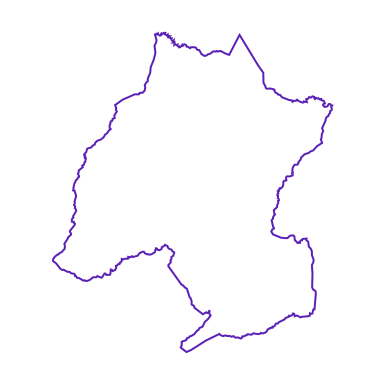 Montepuez, Cabo Delgado, Mozambique (Albers equal-area conic projection), rotated 4°
{"feature_id": "85939544B74766547400417", "entity_name": "Montepuez", "entity_type": "district", "adm_level": 2, "iso_a3": "MOZ", "parent_name": "Mozambique", "parent_adm1": "Cabo Delgado", "projection": "albers", "projection_center": [38.773, -12.625], "detail": "fine", "context": "isolated", "style": "outline", "palette": "violet", "viewbox_px": 384, "rotation_deg": 4, "n_neighbors": 0, "source": "geoboundaries", "source_scale": "gbopen_adm2", "svg_char_len": 5939}
<svg xmlns="http://www.w3.org/2000/svg" viewBox="0 0 384 384"><g transform="rotate(4 192 192)"><path d="M309.5,230.5L305.8,231.1L305.1,231.7L305.1,232.4L304.2,232.5L303.1,233.9L303.2,234.9L302.3,234.6L302.2,235.2L300.9,235.5L297.9,232.7L297.2,229.1L296.1,228.2L293.4,228.6L292.3,229.2L290.5,231.3L288.6,231.5L284.0,231.4L275.7,228.6L273.9,226.0L274.5,224.0L276.2,222.9L276.3,222.3L275.4,221.1L273.4,214.6L274.7,212.9L274.6,211.6L275.6,209.3L276.4,208.7L275.4,207.1L274.9,204.3L278.0,201.1L277.8,199.7L278.8,196.5L278.5,194.7L279.3,194.2L278.8,192.6L278.0,191.8L278.1,189.7L277.4,189.4L277.6,187.6L278.2,187.3L277.5,185.2L278.6,184.9L278.3,183.6L279.7,182.7L279.4,182.1L280.8,181.8L282.4,179.8L282.5,175.1L283.2,174.4L284.7,174.2L285.4,173.6L284.8,172.1L284.9,170.7L285.6,169.8L288.6,169.6L291.2,168.4L291.3,167.3L290.4,166.4L291.3,165.4L290.6,164.2L290.7,161.2L291.5,159.2L292.4,157.7L295.0,157.4L296.0,156.5L295.9,155.2L298.1,152.0L298.4,150.1L301.7,146.5L306.0,144.7L307.2,143.4L310.0,142.1L313.5,137.6L318.4,133.9L316.9,130.6L317.4,129.4L317.5,125.0L318.7,122.0L317.3,119.4L320.2,111.7L320.4,109.4L321.3,107.6L322.6,106.9L323.1,104.9L324.2,103.7L324.1,101.8L325.6,100.5L325.7,99.1L324.9,97.2L325.8,95.9L324.6,95.7L323.6,94.6L322.2,94.8L321.2,97.1L318.5,97.9L316.6,96.2L316.7,95.4L318.4,94.3L317.0,91.8L314.6,91.4L314.4,90.2L312.8,90.6L311.5,89.6L310.9,90.0L309.4,89.5L308.2,90.8L307.4,90.0L307.4,88.6L305.4,88.2L303.9,89.6L302.2,89.1L301.1,91.0L299.5,91.4L300.3,94.3L298.8,93.9L297.9,94.4L297.2,93.9L296.6,95.0L295.1,94.9L292.4,94.0L290.4,92.6L289.3,93.8L287.6,93.8L286.0,95.0L285.4,93.7L282.2,93.4L275.4,91.3L273.0,89.0L271.1,88.8L270.6,87.9L268.4,87.0L267.0,85.1L267.2,84.4L266.4,83.9L262.9,83.3L259.3,83.8L258.3,83.0L257.7,81.1L255.7,78.1L254.8,68.1L249.2,61.2L228.5,32.0L219.5,52.6L216.1,51.7L210.7,49.3L207.9,50.1L206.9,49.6L205.8,50.3L204.1,50.1L202.4,50.9L200.9,52.6L198.1,53.7L197.2,54.7L194.9,55.4L191.8,53.7L189.3,49.9L187.3,49.8L185.9,47.8L183.8,47.4L180.8,47.7L180.1,48.7L177.5,47.3L176.4,47.3L175.8,45.8L174.4,45.2L173.5,45.7L172.4,45.5L172.5,46.7L171.7,46.5L170.4,48.1L169.4,47.6L168.9,48.5L167.1,46.9L167.2,46.0L166.3,46.5L164.8,45.7L164.1,46.4L164.1,43.7L162.6,44.1L163.2,43.2L163.2,42.0L162.6,42.8L161.7,42.5L160.9,41.6L161.0,40.0L159.8,40.2L159.3,39.6L158.3,39.5L158.7,38.8L157.3,39.0L157.3,38.5L158.2,38.0L157.2,37.9L156.9,36.6L155.9,37.6L154.0,36.5L154.3,35.1L152.7,35.2L151.8,36.3L150.5,35.8L150.1,36.7L150.4,37.5L149.1,38.3L147.3,37.1L147.0,36.2L146.2,37.2L145.3,36.7L145.0,37.4L144.1,37.5L146.0,43.0L145.9,44.9L144.4,48.8L145.8,55.6L144.7,62.3L142.1,70.5L142.0,76.1L140.0,81.9L140.2,84.4L138.6,86.3L137.4,88.8L138.1,90.9L137.7,94.1L135.9,96.3L132.8,96.9L132.2,98.3L128.0,98.6L116.3,104.8L109.3,110.6L110.6,113.9L110.3,115.1L111.4,117.0L109.2,120.9L109.7,123.7L107.8,124.5L107.4,126.7L106.2,127.1L105.6,128.7L105.9,129.8L105.1,131.5L105.4,133.9L106.5,134.9L104.7,136.6L103.1,139.4L101.4,140.7L100.1,143.4L98.9,144.7L97.2,146.1L93.6,147.7L91.8,150.1L91.7,151.4L89.8,152.6L88.4,154.5L84.5,156.0L83.6,159.7L81.8,161.9L81.9,162.6L82.7,162.8L82.3,164.1L82.7,165.2L83.3,164.9L83.8,165.8L83.4,169.4L82.6,170.0L82.4,172.1L80.6,173.4L81.4,174.8L77.5,178.4L77.6,180.0L76.9,181.9L78.3,184.0L78.2,184.9L77.2,185.5L76.7,187.2L75.5,188.2L74.1,191.9L73.4,196.1L73.7,197.1L73.3,198.7L74.7,198.9L76.7,204.0L75.5,209.9L75.9,212.0L75.2,213.2L76.5,214.6L76.3,216.3L77.5,217.7L77.8,219.0L75.1,224.4L75.5,225.8L74.4,226.9L74.0,228.4L74.4,230.1L76.1,230.0L76.3,231.1L77.4,231.7L77.4,232.9L73.0,239.2L73.1,240.2L74.2,241.9L74.2,243.1L71.4,246.1L71.2,247.4L68.3,252.6L69.0,254.8L68.9,257.6L66.0,261.2L64.1,262.3L63.0,263.7L61.9,263.9L59.2,266.8L58.2,268.7L58.2,270.6L61.1,272.4L66.3,278.0L68.1,278.8L69.4,278.5L72.9,280.2L75.6,280.3L77.1,281.5L80.4,281.9L81.1,282.9L81.1,284.0L82.4,284.2L83.4,285.7L85.2,285.7L89.9,288.0L91.2,287.5L91.8,288.1L93.7,288.0L96.3,286.8L99.2,284.0L102.5,283.7L103.4,282.5L107.4,283.8L108.2,283.5L110.4,279.4L111.5,279.5L112.4,280.7L115.9,280.3L116.3,279.5L116.4,275.0L117.5,275.2L118.4,276.4L120.7,275.2L121.7,273.2L121.3,270.9L122.3,270.7L123.2,269.2L124.7,269.0L124.9,267.5L125.8,267.3L126.7,265.6L126.6,263.7L127.7,264.1L130.3,263.1L132.5,263.1L133.2,262.6L132.9,261.2L135.1,261.4L136.5,260.2L137.5,261.0L142.2,259.4L144.0,256.6L147.0,255.0L148.2,255.0L149.1,256.3L151.6,257.3L152.4,257.0L153.4,257.5L155.9,257.0L159.1,254.7L159.9,250.7L161.1,250.9L161.6,252.0L163.2,252.4L165.5,251.2L165.7,249.2L168.1,247.7L168.7,246.6L171.1,247.5L171.7,248.2L171.7,249.0L173.0,250.2L175.7,251.0L176.8,252.6L178.5,253.5L177.8,256.9L176.0,258.2L176.1,260.6L175.3,261.7L175.8,263.5L173.5,266.6L173.6,267.7L188.1,285.3L189.8,285.9L191.5,287.7L193.7,288.9L197.0,297.2L197.9,297.8L199.2,300.8L199.5,304.3L201.9,305.4L202.5,307.3L211.4,313.2L214.4,311.1L215.4,311.7L216.5,311.3L217.8,308.6L217.7,312.1L219.2,313.9L216.6,317.9L213.8,320.7L211.9,325.6L208.9,327.2L208.1,329.1L207.0,329.7L204.0,333.8L200.8,336.0L199.9,336.1L198.9,337.5L197.2,338.1L196.6,340.1L192.2,342.1L192.4,345.8L191.6,348.0L197.6,352.0L202.1,349.7L216.4,339.1L229.2,331.7L230.5,332.8L233.0,333.6L235.4,332.7L237.4,333.3L239.3,332.9L241.5,333.6L243.4,332.9L245.5,334.3L248.2,333.9L250.8,334.8L252.0,333.9L252.3,332.5L253.9,332.4L255.1,331.4L256.4,331.2L257.4,330.0L260.8,330.2L262.0,329.8L263.0,328.7L268.0,329.2L269.9,328.6L270.6,327.7L272.5,328.2L275.1,327.0L276.2,325.9L277.1,323.7L278.7,323.1L279.0,322.4L281.8,321.7L281.7,320.8L282.6,320.7L284.0,319.6L284.8,317.5L287.0,317.1L287.5,316.0L293.2,312.6L294.2,311.1L297.1,309.8L297.3,308.7L298.7,308.8L300.2,308.1L301.3,306.1L302.4,306.4L303.1,308.8L305.3,307.9L309.1,309.5L310.0,308.9L317.2,307.7L318.1,307.2L318.1,304.9L319.0,305.3L320.5,304.9L321.2,300.7L322.4,300.5L322.6,284.3L322.0,282.1L319.6,280.8L318.5,278.7L317.9,265.0L316.7,256.6L318.0,253.4L318.0,250.9L316.1,246.8L315.6,242.4L314.4,240.2L312.4,238.4L311.4,233.6L309.5,232.1L309.5,230.5Z" fill="none" stroke="#5b21b6" stroke-width="2"/></g></svg>